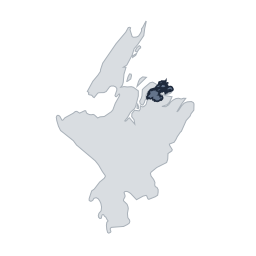 Patuakhali, Barisal, Bangladesh shown in context, rotated 222°
{"feature_id": "16705992B49808088196813", "entity_name": "Patuakhali", "entity_type": "district", "adm_level": 2, "iso_a3": "BGD", "parent_name": "Bangladesh", "parent_adm1": "Barisal", "projection": "orthographic", "projection_center": [90.354, 22.181], "detail": "fine", "context": "in_parent", "style": "filled", "palette": "slate", "viewbox_px": 256, "rotation_deg": 222, "n_neighbors": 0, "source": "geoboundaries", "source_scale": "gbopen_adm2", "svg_char_len": 9499}
<svg xmlns="http://www.w3.org/2000/svg" viewBox="0 0 256 256"><g transform="rotate(222 128 128)"><path d="M89.8,178.3L89.8,172.6L86.1,161.2L86.3,160.0L85.6,154.6L84.7,151.5L84.2,148.3L86.5,143.7L85.6,143.0L80.6,141.5L80.1,140.3L81.2,135.8L77.6,131.4L76.2,128.2L80.2,117.9L81.3,110.7L81.0,109.3L78.7,107.7L74.5,106.9L71.6,105.6L70.0,103.5L68.5,102.7L66.7,103.2L64.4,102.4L62.6,100.4L61.0,97.9L61.7,95.2L64.8,88.9L65.9,88.7L68.5,90.0L69.5,90.0L71.2,87.5L73.7,80.4L82.0,81.1L84.0,80.9L86.1,80.3L87.2,79.4L87.9,78.3L87.7,77.3L85.1,75.9L84.2,74.9L83.5,72.0L82.7,70.9L77.7,70.7L75.2,69.4L73.8,68.2L71.3,64.2L68.2,61.3L65.2,60.6L64.0,59.6L63.4,58.1L63.8,56.0L65.4,51.9L73.8,43.1L74.0,42.1L73.7,41.0L71.3,39.5L71.2,38.8L71.9,37.0L73.2,36.7L76.0,38.5L78.9,41.2L80.6,43.7L80.6,45.6L82.8,46.1L84.7,46.9L86.6,46.7L87.9,47.2L88.7,47.0L89.1,45.9L87.5,43.1L88.3,41.9L90.2,42.0L91.5,43.1L92.5,45.2L92.6,48.6L94.8,51.6L97.7,53.8L100.0,54.8L102.7,55.5L105.1,54.9L106.3,52.8L105.8,50.9L106.2,49.2L107.1,48.3L108.6,48.3L109.7,49.7L112.9,56.9L112.2,60.1L112.9,68.9L112.0,74.8L112.5,77.0L113.1,77.4L117.9,78.5L125.0,80.8L130.4,81.7L154.8,80.9L160.1,82.0L176.4,81.0L180.9,82.8L185.8,85.8L188.5,88.0L189.0,89.3L188.7,90.4L187.8,91.0L186.2,91.0L182.3,89.6L181.7,90.1L181.7,93.5L178.6,102.3L178.2,105.0L177.2,106.1L173.9,106.7L171.8,111.8L171.0,112.5L168.8,111.4L167.5,111.6L165.8,112.1L164.2,113.2L163.1,114.7L161.8,115.2L157.2,115.2L156.3,117.5L153.3,120.7L151.3,128.9L151.4,131.4L154.0,137.9L155.9,146.4L156.6,147.3L157.4,147.4L157.5,143.5L158.3,143.0L159.4,143.4L161.6,148.6L162.8,149.9L164.8,150.3L166.9,149.5L168.6,147.9L169.2,146.3L168.6,140.5L169.6,138.2L173.3,134.7L173.8,133.6L173.5,127.9L174.9,127.7L176.8,128.1L179.2,126.7L180.0,126.7L181.0,128.2L182.7,127.9L185.4,139.2L185.7,147.2L186.4,151.7L187.3,152.7L190.2,159.3L193.3,182.8L193.8,197.8L195.0,202.8L194.1,204.0L193.1,204.2L192.3,202.4L186.1,198.7L184.6,199.1L182.5,201.4L181.7,203.4L182.1,206.3L182.8,209.1L184.3,210.7L184.4,212.5L186.1,219.2L185.7,219.3L182.2,213.2L178.1,207.2L176.6,196.4L176.5,191.1L173.7,184.9L171.0,174.0L172.1,170.1L170.1,171.8L167.0,165.3L162.2,158.9L160.8,156.1L160.7,153.3L158.7,156.1L155.9,158.1L153.1,161.0L151.2,161.9L145.2,162.5L141.7,158.6L136.7,149.0L136.1,146.8L136.7,141.2L135.5,135.8L135.2,131.1L134.3,131.5L134.0,132.8L134.2,134.8L133.8,136.5L125.5,135.4L129.0,138.2L132.8,138.9L134.8,141.4L135.0,145.6L131.2,148.1L131.5,150.2L133.7,152.8L131.1,153.5L130.4,155.2L130.3,157.7L132.2,161.4L131.8,162.8L135.0,167.6L135.6,170.0L134.8,173.2L128.0,179.9L126.0,184.6L124.3,186.8L122.2,187.2L119.7,185.0L119.6,182.7L120.2,180.9L123.7,176.5L121.8,177.1L116.2,180.7L115.2,177.7L114.5,175.0L114.5,171.6L117.2,166.7L114.2,169.1L113.3,172.3L113.7,175.9L113.3,178.5L112.1,181.9L110.4,183.9L107.8,185.2L106.7,187.2L104.9,188.7L104.3,181.9L102.5,172.6L102.1,174.6L103.0,180.3L102.9,184.0L101.5,187.0L98.6,190.1L96.4,190.6L95.1,190.1L91.0,185.3L90.7,180.8L89.8,178.3ZM140.4,178.6L135.3,179.7L132.7,179.4L137.5,171.1L137.3,167.3L136.6,164.3L134.1,161.9L134.0,160.2L132.9,157.8L132.3,155.0L135.0,154.1L137.2,155.7L138.0,158.9L139.1,161.2L143.0,166.1L142.9,169.0L141.9,176.3L140.4,178.6ZM151.3,175.8L148.2,178.0L149.1,164.9L151.4,169.8L152.0,172.4L151.3,175.8ZM163.1,169.2L161.7,170.1L160.5,169.3L158.8,166.3L159.6,162.4L160.1,161.8L162.1,165.8L163.1,169.2ZM174.8,196.7L173.1,196.9L172.2,196.0L172.6,194.6L172.1,190.4L174.3,190.0L175.2,193.5L174.8,196.7ZM172.8,184.9L171.5,189.1L170.9,187.2L171.8,183.5L172.8,184.9ZM136.3,151.0L136.8,152.3L134.0,150.6L133.2,149.3L134.5,148.7L136.3,151.0Z" fill="#d9dde1" stroke="#a8b0b8" stroke-width="1"/><path d="M121.9,182.2L122.2,181.9L122.6,182.1L123.8,181.9L124.2,182.0L125.1,182.9L125.3,182.2L125.9,181.6L125.5,180.7L126.0,181.6L126.3,181.7L126.6,182.0L127.3,179.9L127.6,179.5L128.2,179.3L128.6,178.8L128.6,177.8L128.9,177.1L129.2,176.8L129.2,176.2L129.3,175.9L130.4,175.4L130.2,175.7L129.4,176.1L129.4,176.9L128.9,177.7L129.0,178.6L130.2,179.0L131.2,178.0L132.1,176.5L131.7,174.9L132.2,174.6L131.8,174.9L132.1,175.9L132.3,176.2L132.8,175.8L133.2,174.7L134.8,173.2L135.6,171.2L135.6,171.6L136.0,171.5L135.7,172.1L135.7,172.7L136.2,172.3L136.5,171.7L136.4,171.5L136.9,171.4L136.8,169.3L136.4,169.4L136.3,168.4L136.0,168.0L135.8,167.3L136.3,168.2L136.4,167.1L135.6,166.4L135.0,167.3L134.9,167.8L134.9,168.0L135.6,168.6L135.4,168.6L134.8,168.0L134.8,167.2L135.3,166.3L135.0,166.0L134.8,165.3L135.1,166.0L135.3,166.3L135.4,166.0L135.1,165.3L134.7,164.8L134.6,164.5L134.8,164.9L134.9,164.7L134.5,164.3L133.4,163.6L132.7,163.7L132.6,164.0L133.0,164.0L132.6,164.5L132.2,164.1L131.5,164.6L131.0,164.5L130.4,165.3L130.4,166.2L130.1,166.9L129.6,166.2L129.1,166.1L128.2,165.5L127.4,166.6L126.8,166.1L126.6,166.5L126.2,166.4L126.0,166.7L125.8,166.5L125.6,166.6L125.6,166.4L125.2,166.8L124.1,167.2L124.1,167.5L123.8,168.2L123.3,168.3L123.1,168.9L123.1,169.8L122.9,170.0L122.9,170.4L122.8,170.7L122.5,170.7L122.7,171.2L121.6,170.6L122.0,171.2L122.3,171.2L122.2,171.6L121.9,171.5L121.9,172.8L122.2,173.0L122.3,173.6L122.8,174.0L124.2,174.6L124.4,174.2L124.2,174.0L124.4,173.8L124.8,173.1L126.1,173.3L126.0,173.6L125.9,173.5L126.0,174.0L126.1,173.9L126.0,173.7L126.5,173.7L127.4,173.1L127.2,173.7L127.8,174.1L128.1,174.1L128.1,174.5L128.0,174.9L127.8,174.9L127.9,175.2L128.5,175.2L127.4,176.2L127.5,177.1L127.7,177.9L127.3,178.0L127.2,178.7L126.8,178.5L126.9,178.8L126.3,179.0L126.0,179.4L125.8,179.4L126.0,179.6L125.7,179.8L125.9,179.9L125.7,180.4L125.0,180.4L124.8,180.8L124.6,180.4L124.1,180.3L124.6,180.0L124.2,179.9L124.4,179.5L124.0,179.4L123.8,179.1L123.6,179.2L123.4,179.0L123.7,178.8L123.3,178.5L123.0,178.8L123.0,179.3L123.3,179.6L123.4,179.4L123.5,179.7L123.8,179.9L123.6,180.1L123.7,180.4L123.4,180.5L123.5,180.7L122.8,180.7L123.0,181.0L122.8,181.4L123.2,181.9L122.6,182.0L122.3,181.8L121.9,182.2ZM125.7,184.7L126.5,182.2L126.2,181.7L125.6,182.1L125.3,182.8L125.0,183.0L124.1,182.0L123.7,181.9L122.7,182.2L122.2,182.0L121.6,182.8L121.9,183.7L121.7,183.8L121.0,183.8L121.1,184.5L121.9,184.7L122.2,184.2L122.6,184.3L122.8,183.7L123.2,183.5L123.4,183.1L123.3,183.5L122.9,183.7L122.6,184.4L122.3,184.2L121.9,184.8L121.0,184.6L120.8,185.2L120.1,185.9L120.1,186.5L120.7,187.1L122.2,187.7L122.9,187.8L124.0,187.5L125.1,186.3L125.4,185.5L125.3,185.3L125.7,184.7ZM131.8,181.8L131.6,180.4L131.2,179.7L129.9,180.4L128.0,182.1L126.6,185.1L126.8,186.0L127.1,186.3L127.8,186.2L128.6,185.6L128.6,185.4L128.3,185.0L128.0,184.1L128.5,185.0L129.1,185.5L128.9,185.7L129.0,185.7L129.5,184.8L131.2,184.0L131.8,183.4L132.2,182.7L131.8,181.8ZM134.7,175.6L134.2,175.7L133.6,176.5L133.4,177.1L131.8,179.1L131.7,179.9L131.9,180.6L132.4,180.5L131.9,180.7L131.8,181.0L132.3,182.7L134.5,179.8L134.7,178.6L134.6,177.6L134.7,177.0L134.3,176.6L134.7,175.6ZM134.8,181.9L134.1,181.9L132.8,183.2L132.4,184.1L132.7,184.8L133.9,185.2L134.5,185.1L135.2,182.4L134.8,182.2L134.8,181.9ZM133.7,186.0L132.9,185.8L132.2,185.9L131.7,186.4L131.6,187.1L131.9,187.4L132.2,187.4L133.7,186.0ZM129.3,179.7L130.0,179.0L129.0,178.8L128.3,179.5L127.5,180.7L127.6,181.3L127.9,181.1L128.4,179.8L128.8,179.7L129.1,179.9L129.3,179.7ZM135.8,173.7L134.8,173.8L134.9,174.2L134.7,174.9L134.5,175.4L134.8,175.4L135.8,173.7ZM133.9,185.8L133.7,185.5L133.0,185.0L132.3,185.6L133.6,185.9L133.9,185.8ZM127.5,181.7L129.0,180.0L128.7,179.7L128.3,180.3L127.9,181.1L127.5,181.7ZM129.8,185.2L130.8,184.9L131.0,184.2L130.0,184.7L129.8,185.2ZM134.6,180.7L134.2,181.6L134.9,181.8L134.9,181.5L134.6,180.7ZM134.4,163.4L134.2,163.4L134.4,163.4L133.9,162.8L133.7,162.9L133.9,163.5L134.7,164.1L134.4,163.4ZM130.3,186.7L131.0,186.5L131.0,185.9L130.3,186.2L130.2,186.6L130.3,186.7ZM132.0,185.3L132.6,184.8L132.2,184.2L131.9,184.9L132.0,185.3ZM131.3,186.2L131.7,185.9L131.8,184.9L131.2,185.7L131.3,186.2ZM135.8,173.2L136.7,172.3L136.5,171.8L136.2,172.4L135.5,173.2L135.8,173.2ZM134.3,175.3L134.7,174.8L134.8,173.9L134.5,174.0L134.5,174.3L134.4,174.8L134.2,175.2L134.3,175.3ZM128.7,186.0L128.4,186.0L128.5,186.1L128.3,186.4L128.4,186.6L128.8,186.5L128.7,186.0ZM135.4,182.6L135.4,182.9L135.4,183.8L135.6,183.2L135.6,182.7L135.4,182.6ZM131.6,187.7L131.6,187.3L131.3,187.1L131.1,187.5L131.6,187.7ZM129.9,186.0L130.2,185.8L130.4,185.6L129.7,185.9L129.9,186.0ZM133.4,175.8L133.5,175.7L133.5,175.1L133.3,175.4L133.4,175.8ZM129.5,185.3L129.8,185.1L129.8,184.8L129.5,185.0L129.5,185.3ZM133.9,181.6L134.1,181.4L134.1,181.1L133.8,181.5L133.9,181.6ZM134.2,175.0L134.4,174.8L134.5,174.2L134.2,174.8L134.2,175.0ZM133.2,163.0L133.4,163.2L133.6,163.4L133.3,162.8L133.2,163.0ZM128.8,188.1L129.1,187.8L129.0,187.6L128.7,188.1L128.8,188.1ZM131.6,188.7L131.5,188.3L131.4,188.5L131.6,188.7ZM120.8,184.6L120.9,184.4L120.9,183.8L120.7,184.1L120.8,184.6ZM131.8,180.4L131.6,180.0L131.6,179.4L131.5,179.8L131.8,180.4ZM130.8,179.6L131.1,179.4L130.8,179.3L130.8,179.6ZM131.5,184.5L131.8,184.2L131.8,183.9L131.5,184.3L131.5,184.5ZM129.0,177.3L129.2,177.2L129.2,176.9L129.0,177.0L129.0,177.3ZM135.4,166.5L135.4,166.1L135.2,166.7L135.4,166.5ZM128.3,180.1L128.5,180.0L128.6,179.8L128.4,179.9L128.3,180.1ZM120.2,185.4L120.5,185.0L120.7,184.7L120.4,185.0L120.2,185.4ZM129.0,180.2L129.5,179.6L129.2,179.7L129.0,180.2ZM127.7,180.1L127.8,179.8L127.6,180.0L127.7,180.1ZM133.6,162.7L133.7,162.8L133.9,162.8L133.8,162.7L133.6,162.7ZM130.6,179.7L130.7,179.4L130.6,179.5L130.6,179.7ZM132.2,177.0L132.4,177.1L132.2,177.0ZM133.5,182.1L133.7,181.9L133.5,182.1ZM121.5,183.7L121.8,183.7L121.7,183.4L121.8,183.6L121.5,183.7ZM137.0,168.2L136.9,168.5L137.0,168.3L137.0,168.2Z" fill="#64748b" stroke="#1e293b" stroke-width="1.5"/></g></svg>